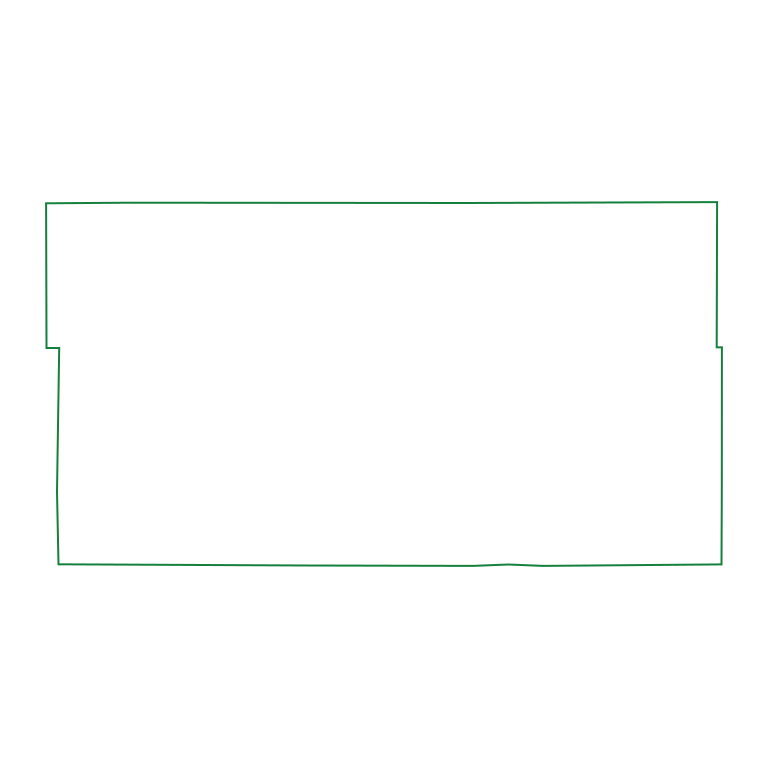 outline of Becker, Minnesota, United States of America
{"feature_id": "52423323B38815474431976", "entity_name": "Becker", "entity_type": "district", "adm_level": 2, "iso_a3": "USA", "parent_name": "United States of America", "parent_adm1": "Minnesota", "projection": "natural_earth1", "projection_center": [-95.688, 46.934], "detail": "fine", "context": "isolated", "style": "outline", "palette": "green", "viewbox_px": 768, "rotation_deg": 0, "n_neighbors": 0, "source": "geoboundaries", "source_scale": "gbopen_adm2", "svg_char_len": 326}
<svg xmlns="http://www.w3.org/2000/svg" viewBox="0 0 768 768"><path d="M129.6,202.7L46.1,203.3L46.5,348.0L59.2,348.0L57.0,491.7L58.5,564.3L307.6,565.5L472.9,565.9L508.4,564.5L543.2,565.9L721.5,564.4L721.8,491.8L721.9,347.3L716.7,347.3L717.1,202.1L467.1,203.0L129.6,202.7Z" fill="none" stroke="#15803d" stroke-width="2"/></svg>